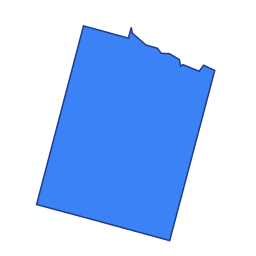 the district of Franklin, Illinois, United States of America, rotated 105°
{"feature_id": "52423323B64062958317973", "entity_name": "Franklin", "entity_type": "district", "adm_level": 2, "iso_a3": "USA", "parent_name": "United States of America", "parent_adm1": "Illinois", "projection": "albers", "projection_center": [-89.026, 37.994], "detail": "fine", "context": "isolated", "style": "filled", "palette": "blue", "viewbox_px": 256, "rotation_deg": 105, "n_neighbors": 0, "source": "geoboundaries", "source_scale": "gbopen_adm2", "svg_char_len": 378}
<svg xmlns="http://www.w3.org/2000/svg" viewBox="0 0 256 256"><g transform="rotate(105 128 128)"><path d="M225.6,173.6L225.6,150.3L226.0,58.6L50.0,59.1L47.8,71.2L54.8,74.0L52.6,91.4L54.7,93.2L48.7,96.0L45.5,107.3L47.3,115.2L43.4,120.1L43.2,132.2L35.3,148.4L30.0,150.9L41.1,150.9L40.9,197.4L225.6,196.5L225.6,173.6Z" fill="#3b82f6" stroke="#1e3a8a" stroke-width="1.5"/></g></svg>